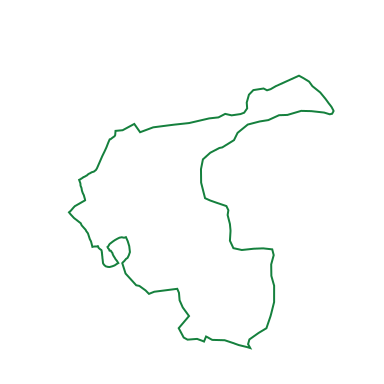 Ogo Oluwa, Oyo, Nigeria (orthographic projection), rotated 287°
{"feature_id": "59680162B3334363185534", "entity_name": "Ogo Oluwa", "entity_type": "district", "adm_level": 2, "iso_a3": "NGA", "parent_name": "Nigeria", "parent_adm1": "Oyo", "projection": "orthographic", "projection_center": [4.194, 7.972], "detail": "fine", "context": "isolated", "style": "outline", "palette": "green", "viewbox_px": 384, "rotation_deg": 287, "n_neighbors": 0, "source": "geoboundaries", "source_scale": "gbopen_adm2", "svg_char_len": 3669}
<svg xmlns="http://www.w3.org/2000/svg" viewBox="0 0 384 384"><g transform="rotate(287 192 192)"><path d="M240.2,116.9L230.8,107.6L228.1,101.0L224.0,101.9L222.6,101.6L221.5,100.7L220.0,99.6L218.7,98.7L218.3,97.9L214.9,97.5L209.5,97.1L205.1,96.5L202.6,96.1L200.1,95.7L193.0,94.9L186.9,94.2L185.0,93.7L182.8,92.2L181.4,90.1L180.6,89.5L180.2,89.1L179.6,88.4L179.0,87.8L178.6,87.5L178.3,87.3L178.0,87.1L177.9,87.1L177.5,86.9L177.2,86.7L176.8,86.3L176.5,86.0L176.2,85.7L175.9,85.4L175.6,85.2L175.3,84.9L174.9,84.5L174.8,84.3L174.7,84.1L174.5,83.8L174.2,83.6L173.9,83.5L173.6,83.3L173.2,82.9L172.8,82.6L172.6,82.3L172.5,82.2L172.4,82.2L172.1,82.0L171.6,81.6L171.2,81.1L170.9,80.8L170.6,80.5L167.7,82.7L165.4,83.6L163.6,85.1L161.2,86.3L159.1,87.8L157.3,89.5L153.7,91.8L152.8,92.2L144.2,84.1L142.4,83.2L138.5,81.5L136.6,80.3L135.1,82.5L132.6,86.8L129.6,94.7L127.8,96.3L124.7,101.4L123.8,102.2L122.0,104.6L117.0,108.1L115.5,109.6L115.0,110.0L110.4,112.8L110.9,113.6L111.1,114.1L111.6,115.2L111.8,116.2L112.0,116.6L112.1,116.9L112.1,117.0L112.3,117.2L112.4,117.3L112.5,117.5L112.7,117.8L112.6,118.1L112.1,118.3L111.7,118.6L111.4,118.9L111.2,119.2L111.0,119.6L110.8,120.0L110.7,120.3L110.6,120.5L110.4,121.0L110.2,121.6L110.1,122.1L109.9,122.4L109.6,122.6L109.2,122.8L109.0,123.0L108.7,123.1L108.2,123.3L107.9,123.5L107.7,123.5L107.4,123.7L107.0,123.8L106.7,124.0L106.4,124.1L106.1,124.2L105.8,124.4L105.4,124.5L104.9,124.7L104.1,125.1L103.6,125.3L102.8,125.6L102.1,125.9L101.3,126.3L100.3,126.7L99.4,127.1L98.2,127.6L97.7,127.9L97.3,128.3L97.0,128.8L96.4,129.6L95.7,131.3L95.8,133.6L96.2,135.2L97.7,137.6L99.2,139.5L101.2,141.1L102.5,142.3L104.3,140.2L105.4,138.5L106.3,137.6L107.9,135.7L108.3,135.4L108.7,134.9L109.0,134.6L109.3,134.4L109.7,134.2L110.1,133.9L110.6,133.5L110.9,132.9L111.1,132.6L111.4,132.4L111.7,132.1L112.1,131.4L112.0,130.9L111.8,130.3L112.1,130.0L112.6,129.8L112.9,129.5L113.3,128.9L113.4,128.7L113.5,128.6L113.6,128.4L113.8,128.1L114.1,127.8L114.3,127.6L114.7,127.3L114.8,127.4L115.2,127.6L116.0,127.9L116.9,128.1L117.8,128.3L118.2,128.5L118.6,128.7L119.4,129.3L120.4,130.0L121.9,131.1L123.4,132.3L125.5,134.3L127.1,136.0L128.2,138.1L128.3,139.7L128.6,140.8L129.5,142.0L126.2,144.9L121.9,147.8L116.4,150.2L113.7,150.1L113.1,150.1L110.1,149.6L108.8,148.5L105.9,147.3L104.6,146.5L103.6,146.1L94.6,152.3L86.5,165.9L86.8,169.1L84.3,176.4L82.0,180.6L85.6,185.1L95.1,206.2L91.8,209.0L84.8,211.8L78.9,216.9L72.5,225.4L57.9,219.1L50.4,226.6L49.5,230.9L53.0,239.8L52.7,245.3L52.5,247.2L57.9,247.7L57.6,249.5L56.7,253.5L56.5,254.6L59.8,266.6L59.6,275.3L59.6,276.2L59.5,277.0L59.3,281.5L59.4,283.2L59.8,289.9L59.8,293.3L59.9,293.2L62.9,290.1L67.8,290.0L76.7,296.9L83.5,303.0L96.1,303.4L99.1,303.3L110.8,302.7L111.4,302.5L126.5,297.9L126.9,297.6L135.0,292.4L136.6,291.9L145.9,288.9L155.5,288.6L160.6,285.5L158.9,276.5L155.8,267.6L152.5,259.9L151.1,256.6L150.4,248.0L156.5,242.5L160.7,241.5L165.7,240.3L166.7,240.0L172.5,237.6L180.4,232.8L185.2,232.1L188.6,229.0L188.9,218.7L189.2,211.8L189.9,206.3L203.6,198.0L216.5,193.9L220.5,193.5L226.4,192.9L234.9,198.0L242.1,205.3L243.5,207.9L252.5,215.8L253.9,217.0L261.9,218.3L272.8,225.6L279.3,236.2L283.1,244.0L290.9,252.8L293.6,260.7L301.5,272.7L304.2,282.4L306.6,295.1L306.6,301.0L307.8,303.1L310.6,303.7L311.2,303.5L314.1,300.6L315.5,298.7L316.8,296.8L319.9,292.7L324.7,285.5L328.4,276.2L331.8,271.7L333.5,265.1L334.5,260.3L317.7,241.2L313.3,237.1L311.2,234.0L311.9,230.2L307.4,220.9L301.7,218.0L293.5,218.2L288.1,220.3L283.1,218.7L280.7,215.6L276.9,207.5L276.4,200.9L271.1,195.5L267.4,186.9L257.1,169.1L251.2,155.3L249.1,150.6L242.5,136.0L234.0,124.9L240.2,116.9Z" fill="none" stroke="#15803d" stroke-width="2"/></g></svg>